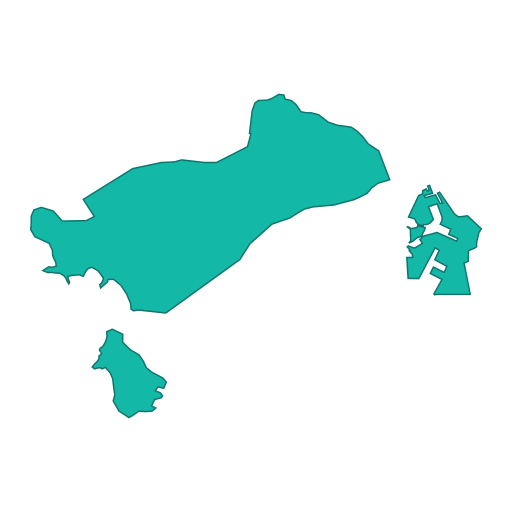 Jung-gu [Central District], Incheon, South Korea (Robinson projection)
{"feature_id": "91817680B6497324316239", "entity_name": "Jung-gu [Central District]", "entity_type": "district", "adm_level": 2, "iso_a3": "KOR", "parent_name": "South Korea", "parent_adm1": "Incheon", "projection": "robinson", "projection_center": [126.503, 37.45], "detail": "fine", "context": "isolated", "style": "filled", "palette": "teal", "viewbox_px": 512, "rotation_deg": 0, "n_neighbors": 0, "source": "geoboundaries", "source_scale": "gbopen_adm2", "svg_char_len": 3199}
<svg xmlns="http://www.w3.org/2000/svg" viewBox="0 0 512 512"><path d="M301.0,111.8L295.9,104.4L291.2,100.5L285.2,99.2L283.8,95.0L278.8,94.4L272.4,98.2L267.0,100.2L258.3,100.5L254.9,103.1L252.2,110.8L249.5,133.4L250.9,133.8L247.5,146.7L216.5,162.5L204.4,162.5L181.6,159.9L174.5,161.9L168.8,162.2L161.4,162.5L132.7,168.6L83.3,199.4L94.3,216.5L86.4,220.6L62.3,221.1L53.3,211.0L41.2,207.4L33.9,210.0L31.3,216.0L31.2,223.6L30.7,229.7L34.9,236.7L49.1,243.3L52.3,249.9L52.8,255.9L54.2,259.3L55.7,262.4L56.3,266.1L53.7,266.9L50.9,267.3L48.8,266.7L42.9,270.6L47.5,272.5L52.6,272.5L54.6,272.9L56.9,273.1L59.5,273.1L63.8,275.6L65.8,278.1L67.3,281.4L68.8,283.9L69.6,282.2L68.1,278.9L68.1,276.2L72.2,275.4L79.3,274.8L83.2,276.4L86.2,270.6L88.4,268.4L91.8,267.3L96.1,269.6L98.5,271.3L103.2,277.7L103.2,279.7L101.5,283.1L99.8,284.5L100.6,288.0L104.1,284.9L107.3,282.2L108.2,279.5L113.6,279.3L121.1,285.5L126.7,294.2L130.6,303.5L130.8,305.4L131.0,309.1L133.6,310.8L138.1,310.0L165.8,313.0L239.9,259.5L249.9,243.8L272.0,224.1L289.8,218.0L297.7,213.0L304.6,209.0L313.0,206.9L324.0,205.9L334.5,204.9L343.5,202.4L353.4,199.9L360.3,196.8L367.1,193.3L371.8,187.8L378.1,183.2L389.7,179.7L378.7,150.9L368.1,143.8L362.4,136.3L357.1,131.2L351.3,127.2L344.5,126.2L337.1,125.2L328.2,122.1L318.5,114.7L311.1,112.8L306.7,112.8L301.0,111.8ZM454.4,213.9L439.6,192.2L437.5,193.2L442.6,203.2L439.9,203.2L435.5,194.8L425.4,197.7L424.2,195.6L432.6,193.3L429.6,185.4L427.7,186.0L429.2,190.4L427.3,191.0L426.2,188.9L422.7,190.6L422.5,193.9L418.6,195.6L408.5,217.1L411.8,217.9L414.1,218.7L415.2,219.5L416.0,221.7L416.6,222.8L417.3,223.3L417.7,223.8L417.8,224.6L423.3,225.7L423.4,224.5L426.7,224.6L429.9,223.1L433.4,219.5L428.5,206.7L437.2,203.8L442.1,217.1L441.9,220.8L440.2,224.2L450.8,229.2L448.7,234.4L457.8,238.4L456.6,241.2L437.0,232.5L422.6,236.4L421.8,234.9L424.6,230.1L425.2,227.5L417.7,225.9L417.0,227.5L415.9,227.8L411.1,228.6L407.8,226.6L407.4,227.0L410.3,229.2L410.7,240.6L409.2,242.5L409.6,242.9L412.4,241.4L412.8,241.3L417.7,237.1L418.1,237.6L420.9,236.3L422.1,237.8L419.8,239.4L422.4,243.3L416.2,247.2L414.9,247.9L413.5,247.9L408.4,245.9L407.2,246.8L410.2,250.4L409.3,250.9L412.2,254.2L412.8,257.4L406.8,257.5L408.1,278.4L418.8,278.6L435.1,247.9L439.2,250.2L434.8,259.8L446.9,266.3L444.2,272.4L433.4,267.1L430.3,273.5L442.0,279.4L433.9,293.9L434.6,294.8L436.2,294.4L470.2,294.4L464.1,263.0L468.2,261.4L468.5,250.7L474.6,248.1L476.6,246.8L476.6,242.3L478.9,232.6L481.3,228.8L467.5,215.8L462.4,216.5L458.4,216.8L454.4,213.9ZM143.2,361.0L139.0,354.9L130.5,349.9L122.7,342.3L122.7,334.2L112.2,329.2L109.9,330.4L106.9,331.5L106.7,333.8L107.1,335.6L106.7,338.1L105.6,341.4L103.9,344.7L102.1,347.0L100.0,348.4L99.5,350.3L101.1,352.4L101.3,354.5L99.1,355.7L98.9,359.0L97.0,361.7L94.4,364.2L92.2,367.1L94.8,368.9L97.0,368.1L99.8,367.7L102.3,368.9L105.4,367.3L107.1,369.4L110.0,372.6L112.7,378.7L113.7,387.3L114.8,394.9L113.2,400.9L119.0,411.1L129.0,417.6L133.2,415.1L138.9,411.1L145.3,411.6L152.1,411.1L155.8,408.0L151.6,406.0L154.7,399.4L161.0,397.9L162.6,395.9L160.5,392.9L155.3,390.8L157.9,386.8L163.7,388.3L166.3,382.2L163.1,378.2L151.6,372.1L146.3,367.6L143.2,361.0Z" fill="#14b8a6" stroke="#0f766e" stroke-width="1.5"/></svg>